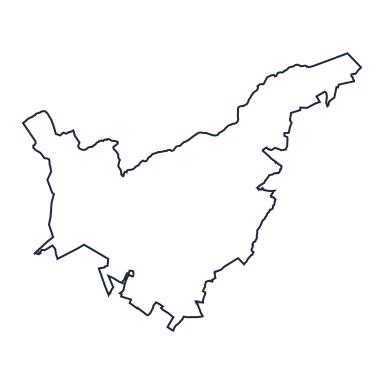 the district of Comala, Colima, Mexico
{"feature_id": "50627088B21346817666237", "entity_name": "Comala", "entity_type": "district", "adm_level": 2, "iso_a3": "MEX", "parent_name": "Mexico", "parent_adm1": "Colima", "projection": "albers", "projection_center": [-103.766, 19.395], "detail": "fine", "context": "isolated", "style": "outline", "palette": "slate", "viewbox_px": 384, "rotation_deg": 0, "n_neighbors": 0, "source": "geoboundaries", "source_scale": "gbopen_adm2", "svg_char_len": 5965}
<svg xmlns="http://www.w3.org/2000/svg" viewBox="0 0 384 384"><path d="M347.5,53.3L313.9,65.8L310.3,66.9L309.4,66.9L308.5,67.2L307.8,66.7L307.0,66.9L306.3,66.0L304.8,65.6L302.7,66.1L300.7,66.1L297.7,64.7L295.4,65.0L293.1,66.6L290.9,66.8L288.5,67.8L287.9,68.7L285.8,70.4L284.7,70.6L283.3,72.0L281.8,72.6L280.3,72.3L278.0,72.9L276.8,74.7L276.4,75.8L275.4,76.3L274.9,76.3L274.1,75.1L273.2,75.0L270.3,75.7L268.4,76.8L267.3,77.1L263.6,84.0L262.8,84.3L261.0,84.1L259.8,84.4L257.5,86.2L258.0,87.7L257.5,89.3L256.2,90.8L254.0,92.1L251.5,95.3L250.0,98.2L248.8,99.4L248.2,101.9L247.0,103.9L243.4,106.0L242.4,105.9L239.9,106.4L238.6,107.2L237.9,108.7L238.1,111.5L237.8,115.2L238.2,119.1L237.6,121.5L237.0,122.3L235.8,123.2L234.9,123.3L234.1,123.8L232.4,123.8L231.4,124.6L230.3,124.8L227.8,125.9L227.3,126.7L225.4,128.3L224.4,129.7L222.1,131.3L219.2,132.9L217.9,134.7L216.8,135.2L214.9,135.5L213.0,135.3L205.8,132.9L203.8,133.1L201.0,132.5L199.6,132.5L198.1,133.1L193.8,135.9L188.9,139.7L185.8,141.6L184.2,142.0L181.4,144.4L180.5,145.6L176.4,146.5L173.6,150.1L173.2,150.4L171.8,150.9L170.0,149.9L168.1,149.9L166.8,150.9L164.6,151.0L163.5,151.4L159.5,152.1L158.4,152.0L156.8,152.8L152.6,154.0L150.8,156.1L148.4,157.6L147.4,159.7L146.6,160.8L145.7,161.2L144.3,161.3L143.0,160.6L140.8,162.1L139.0,164.7L137.8,165.7L135.7,166.7L134.2,168.4L132.6,169.3L130.8,169.8L129.4,169.8L127.4,170.2L126.9,171.0L126.6,172.3L125.6,171.8L124.8,171.9L123.8,173.8L123.7,175.5L123.0,176.3L122.4,175.9L121.2,174.2L121.2,172.2L120.6,169.8L118.4,166.6L118.4,165.1L119.2,161.5L119.9,160.0L118.6,158.1L118.2,157.2L118.2,154.4L116.7,152.1L113.7,148.9L113.3,147.9L113.4,147.1L113.7,146.7L117.2,144.1L117.6,143.5L117.9,142.5L117.6,141.8L114.8,141.0L111.7,140.7L109.0,139.1L107.7,139.1L106.9,139.9L106.0,139.4L105.2,139.6L104.1,140.0L103.4,141.0L101.7,140.4L100.1,141.2L98.7,141.3L98.1,142.0L96.7,142.7L95.6,144.2L94.2,145.3L93.4,145.5L92.4,146.7L88.9,147.3L87.5,148.1L86.8,148.9L85.6,149.6L83.3,149.9L81.5,149.5L79.4,148.5L78.4,147.0L78.3,145.2L79.5,142.6L74.9,135.9L73.3,130.5L72.2,131.2L71.0,131.5L70.2,132.1L69.6,132.2L69.2,132.0L68.4,132.3L67.1,133.4L65.9,133.6L63.4,132.6L60.1,135.4L55.8,133.9L54.0,127.3L51.5,120.2L47.5,113.5L45.5,111.6L44.8,111.2L43.6,111.2L41.7,111.5L40.5,112.0L40.0,112.6L35.8,113.8L34.9,115.3L34.0,115.5L33.4,116.1L27.6,119.1L26.2,120.6L23.0,123.0L35.1,140.8L35.6,142.1L35.5,143.6L34.4,145.1L33.3,145.6L33.3,147.7L35.6,150.0L40.5,152.9L44.4,158.1L47.6,158.6L49.1,159.4L49.6,162.1L49.5,164.2L50.3,166.1L50.3,167.2L50.7,168.4L50.6,168.8L50.9,170.0L51.1,171.7L47.4,179.9L52.2,192.7L53.9,194.3L51.6,202.5L50.6,216.6L49.0,224.5L53.1,237.2L48.1,241.0L33.9,254.1L35.8,253.0L36.7,253.3L37.0,253.7L39.0,254.2L39.8,253.5L39.4,252.5L40.4,252.7L40.3,252.0L41.7,250.0L43.1,249.8L44.8,250.2L52.4,245.5L55.2,248.9L55.9,253.6L57.1,257.6L57.4,257.9L57.5,258.9L77.8,248.4L84.0,244.7L108.2,258.9L107.6,265.8L105.5,266.3L104.9,266.6L104.6,267.5L98.8,268.4L104.9,285.7L108.6,295.0L109.3,293.3L109.9,293.6L110.3,292.9L110.0,292.8L111.9,289.1L113.3,287.4L108.4,275.9L113.6,278.3L118.9,281.6L122.7,283.2L122.8,281.5L123.1,280.7L124.2,279.8L125.7,275.9L127.1,273.4L127.6,274.1L127.8,273.8L128.5,273.4L129.3,271.8L129.6,270.7L132.5,270.9L133.1,271.2L133.3,271.7L133.4,274.1L133.1,276.2L132.5,276.5L131.5,276.3L129.4,275.0L127.5,276.8L125.2,282.4L123.5,289.8L122.6,291.3L119.9,293.3L121.7,294.3L121.1,296.5L131.0,299.5L129.7,303.0L137.3,308.4L137.6,307.9L147.1,315.1L148.3,315.0L149.8,313.8L151.2,311.5L152.2,309.3L153.0,308.3L153.4,305.6L156.1,302.4L159.4,304.1L162.9,306.5L161.0,308.0L162.4,309.5L168.1,313.0L173.3,317.2L167.5,327.1L173.2,330.7L174.3,327.8L175.8,325.6L179.7,322.5L180.9,320.7L182.4,319.4L182.9,317.9L183.8,316.6L186.7,317.2L197.3,317.1L201.7,316.6L202.7,316.1L200.9,313.0L197.3,303.5L196.7,303.7L195.7,301.4L197.8,301.5L197.5,302.1L203.0,302.5L202.9,300.4L203.9,297.0L205.8,292.4L205.7,292.6L202.9,291.2L204.3,287.9L205.2,287.0L205.0,285.6L205.9,281.8L209.2,280.7L212.1,281.7L212.4,281.2L211.9,280.5L212.1,279.8L212.5,279.9L213.7,279.2L214.8,278.2L215.4,278.0L214.5,272.5L215.1,272.5L215.1,271.6L216.0,271.7L217.3,270.9L217.7,271.1L221.6,269.4L223.2,267.6L225.0,266.2L238.1,258.2L244.1,264.3L245.2,262.7L246.2,261.9L247.0,260.8L248.0,258.8L251.4,254.9L252.3,254.8L253.5,252.1L252.2,251.4L251.6,250.1L251.5,249.3L252.6,247.3L252.6,245.9L253.1,245.3L252.4,244.4L252.7,243.7L253.6,242.1L255.3,241.5L255.2,240.7L256.1,239.7L256.9,237.6L256.7,235.9L257.2,234.0L257.3,230.2L260.1,226.3L262.9,220.1L264.6,219.0L265.2,217.3L266.3,216.3L266.6,215.0L267.6,213.2L269.1,211.8L270.0,209.7L270.7,209.7L272.0,209.2L272.8,208.1L273.0,207.5L272.9,206.4L273.4,205.3L274.1,205.1L274.8,202.0L274.7,201.5L275.5,199.4L274.7,198.9L274.0,197.6L271.4,197.0L271.7,196.4L270.8,195.8L272.0,193.9L272.8,193.2L272.8,192.1L274.3,190.8L270.4,191.1L265.5,190.4L263.8,190.0L263.9,189.7L263.2,188.7L262.1,189.0L262.0,188.4L260.9,189.7L259.5,189.2L258.7,189.6L258.4,188.6L258.0,188.6L257.9,187.8L257.4,187.7L260.7,184.8L264.2,182.9L265.0,180.8L265.8,180.3L266.3,179.3L267.8,177.6L269.2,175.2L272.9,174.4L273.8,173.4L275.0,173.2L276.2,173.4L276.8,172.9L278.3,173.2L279.0,172.5L279.1,172.0L280.3,170.7L280.1,169.9L280.5,169.5L280.4,169.2L281.1,168.9L281.6,166.1L278.5,164.1L276.3,162.2L276.0,162.1L275.6,162.5L275.3,161.5L271.1,158.5L269.2,156.4L262.7,150.7L262.8,150.0L266.5,147.5L268.4,149.4L269.3,149.2L270.2,149.8L271.8,150.0L274.9,147.8L279.8,149.5L281.3,150.3L285.9,149.4L287.2,145.6L287.5,138.8L287.3,137.2L284.4,135.8L284.4,133.1L288.8,132.8L289.9,127.2L291.6,122.8L289.9,120.1L291.1,112.9L300.3,110.1L300.3,107.6L307.1,107.9L315.2,103.5L319.8,102.0L316.5,96.4L324.8,91.7L326.3,93.0L326.9,96.4L326.2,102.7L327.4,106.2L328.5,105.0L329.0,101.8L332.3,98.9L334.3,97.7L336.5,87.1L338.0,87.3L338.8,84.6L354.0,81.3L354.0,80.5L353.2,79.2L352.8,77.6L352.6,77.1L351.7,76.7L351.3,75.1L351.6,74.4L352.2,74.0L355.2,73.8L355.9,73.4L358.1,70.3L360.8,67.8L361.0,67.4L347.5,53.3Z" fill="none" stroke="#1e293b" stroke-width="2"/></svg>